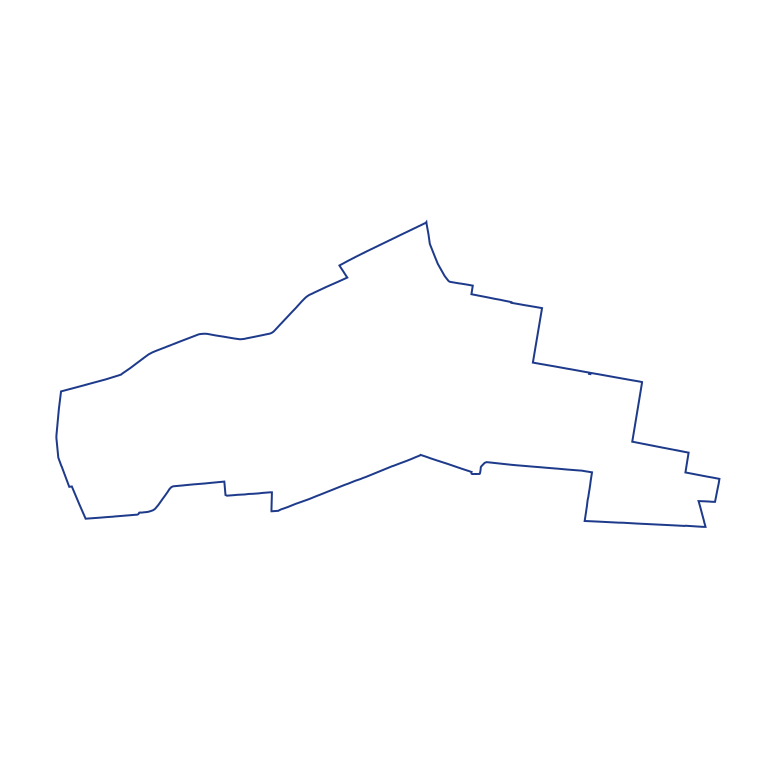 Dorobantu, Calarasi, Romania (Equal Earth projection), rotated 87°
{"feature_id": "2599482B87906677909085", "entity_name": "Dorobantu", "entity_type": "district", "adm_level": 2, "iso_a3": "ROU", "parent_name": "Romania", "parent_adm1": "Calarasi", "projection": "equal_earth", "projection_center": [27.004, 44.232], "detail": "fine", "context": "isolated", "style": "outline", "palette": "blue", "viewbox_px": 768, "rotation_deg": 87, "n_neighbors": 0, "source": "geoboundaries", "source_scale": "gbopen_adm2", "svg_char_len": 4095}
<svg xmlns="http://www.w3.org/2000/svg" viewBox="0 0 768 768"><g transform="rotate(87 384 384)"><path d="M501.0,55.0L496.3,54.0L494.6,60.9L493.5,65.7L488.1,87.6L480.1,85.9L468.5,83.4L461.8,110.4L461.0,113.6L454.6,139.1L439.2,135.7L414.6,130.3L396.8,126.4L395.6,126.2L394.7,129.6L393.3,135.9L388.9,154.8L387.6,160.3L386.5,165.0L385.7,168.4L383.7,177.2L384.9,177.4L384.6,178.7L383.4,178.4L379.0,197.0L378.3,200.2L375.2,213.3L374.4,216.9L373.1,222.5L372.1,227.0L370.4,234.2L368.6,233.8L353.3,230.4L316.5,222.2L315.2,227.8L314.4,231.4L313.3,236.3L312.5,240.0L311.8,242.9L310.0,250.8L309.6,252.6L308.9,252.5L308.8,253.1L308.2,255.1L307.3,258.7L305.9,263.9L304.8,268.7L303.0,275.6L301.2,282.9L300.3,286.5L298.9,292.0L290.4,290.2L289.3,294.9L288.7,297.6L287.8,301.8L287.4,304.0L286.6,307.5L285.6,312.0L285.3,313.0L284.8,313.8L284.3,314.3L281.9,316.0L279.1,317.9L266.8,324.0L259.6,326.5L246.5,330.9L236.4,331.8L226.3,333.1L224.5,333.2L225.2,333.8L235.7,358.9L250.5,394.0L255.2,404.8L258.9,413.0L263.3,422.3L265.5,421.1L268.5,419.3L271.7,417.5L275.8,415.1L279.4,424.3L284.1,436.7L289.3,449.5L289.6,450.0L291.1,453.9L292.2,455.8L293.0,457.0L294.1,458.4L297.3,461.9L299.4,464.0L303.3,467.9L307.9,472.8L315.3,480.5L319.6,485.0L325.5,491.1L326.1,491.9L326.8,493.0L327.2,493.9L327.7,495.3L328.1,498.1L328.9,503.1L330.2,511.7L331.3,519.4L331.6,520.7L331.8,524.4L331.8,525.5L330.8,530.7L330.1,533.9L328.2,542.3L327.1,547.7L326.2,551.7L325.2,555.7L324.6,558.4L324.4,560.7L324.4,562.4L324.5,564.6L324.7,566.4L327.5,575.0L330.7,584.9L339.0,610.0L340.2,613.4L342.1,617.5L344.9,621.8L355.0,636.8L360.0,645.0L360.7,645.8L361.3,647.7L364.9,661.9L374.5,706.9L392.0,710.0L418.1,713.8L420.5,714.0L440.5,713.1L448.6,710.6L450.1,710.0L450.8,709.8L470.2,703.7L470.0,701.1L487.8,694.7L502.9,689.0L502.7,679.2L502.6,674.0L502.4,667.9L502.3,660.8L502.2,660.2L502.0,652.9L501.9,649.8L501.8,646.0L501.6,639.9L501.6,637.7L501.5,637.2L501.3,636.6L501.0,636.0L500.5,635.6L500.0,635.4L499.7,635.2L499.6,634.9L499.6,634.4L499.7,633.2L499.7,632.4L499.6,630.8L499.4,627.0L499.1,625.2L498.8,624.1L498.4,622.6L498.1,621.6L497.8,621.0L497.1,619.7L496.5,619.0L496.0,618.5L494.2,616.8L493.0,615.7L492.0,614.9L486.9,610.9L484.0,608.5L479.9,605.3L478.0,604.0L476.2,602.2L475.6,601.2L475.3,600.3L475.1,599.4L474.8,590.8L474.6,586.9L474.3,580.5L474.1,573.3L474.0,569.1L473.6,560.6L473.2,551.1L473.1,548.6L474.7,548.5L480.6,548.3L486.5,548.1L486.6,547.8L487.0,547.3L487.3,546.7L487.3,546.0L487.2,542.5L487.2,541.9L487.1,538.0L487.0,536.9L487.0,533.5L487.0,531.7L487.0,528.4L486.7,524.8L486.8,521.3L486.7,515.3L486.4,510.9L486.2,502.8L486.3,501.6L491.6,502.0L497.7,502.5L504.2,503.0L505.2,503.0L505.2,501.2L505.1,496.0L504.7,495.5L503.9,493.6L503.1,490.8L501.8,486.4L499.1,478.6L495.5,466.4L494.7,463.9L492.6,457.9L490.7,452.1L488.5,445.7L486.5,439.8L484.7,434.5L482.6,428.3L482.4,427.6L481.8,425.5L479.1,417.6L477.6,412.2L476.9,410.4L475.9,407.0L466.4,379.8L466.4,379.4L464.2,372.6L462.7,367.8L461.8,364.9L461.2,363.2L460.3,360.5L458.7,356.2L457.6,352.9L457.1,351.6L457.0,351.4L456.7,351.2L459.0,345.3L460.7,341.3L463.4,334.4L464.0,332.8L467.0,324.9L472.8,310.5L476.4,301.2L476.6,301.3L477.3,301.4L478.1,301.3L478.5,300.7L478.6,299.3L478.8,293.4L478.5,293.0L477.8,292.7L475.5,292.2L471.9,291.6L471.2,291.0L469.4,289.1L468.1,287.7L467.4,285.8L467.7,283.6L471.2,262.0L472.3,254.5L472.8,250.6L473.9,242.7L475.2,233.0L476.5,223.6L477.7,214.6L479.0,205.6L479.8,199.5L480.5,194.1L480.9,190.8L481.0,190.4L481.5,188.3L482.4,184.1L483.1,180.9L485.9,181.5L491.7,182.7L495.0,183.3L499.0,184.1L502.2,184.8L505.5,185.5L506.8,185.7L507.5,185.9L510.1,186.6L511.0,186.8L512.1,187.0L513.9,187.3L517.3,187.9L520.1,188.5L521.8,188.8L525.6,189.6L527.6,190.0L531.3,190.8L531.5,188.7L532.5,178.5L534.7,157.4L535.1,152.1L536.6,138.7L537.5,129.8L539.9,106.2L541.5,90.9L541.3,90.4L543.2,74.3L543.4,72.1L543.5,70.4L541.0,70.9L539.9,71.2L536.2,71.9L532.1,72.8L528.3,73.6L524.4,74.4L521.7,75.0L517.8,75.9L517.4,76.0L517.6,73.6L517.9,70.3L518.4,65.4L518.7,63.4L518.9,61.1L519.0,60.0L519.0,59.6L505.5,56.2L501.0,55.0Z" fill="none" stroke="#1e3a8a" stroke-width="2"/></g></svg>